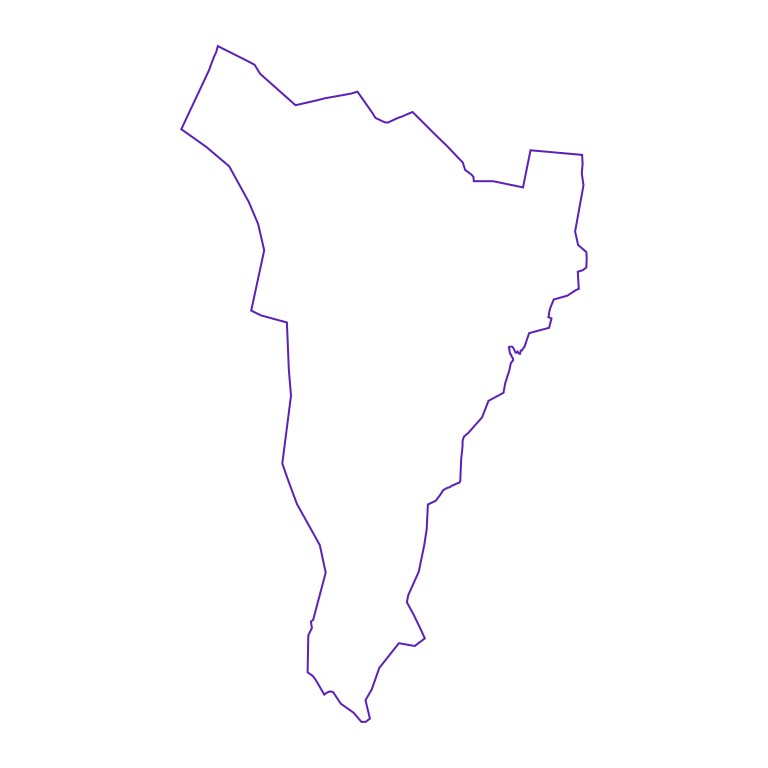 the district of Bakura, Zamfara, Nigeria
{"feature_id": "59680162B24502748844916", "entity_name": "Bakura", "entity_type": "district", "adm_level": 2, "iso_a3": "NGA", "parent_name": "Nigeria", "parent_adm1": "Zamfara", "projection": "equal_earth", "projection_center": [5.913, 12.562], "detail": "fine", "context": "isolated", "style": "outline", "palette": "violet", "viewbox_px": 768, "rotation_deg": 0, "n_neighbors": 0, "source": "geoboundaries", "source_scale": "gbopen_adm2", "svg_char_len": 2239}
<svg xmlns="http://www.w3.org/2000/svg" viewBox="0 0 768 768"><path d="M307.6,672.3L312.8,676.0L315.7,679.9L324.3,694.6L326.5,692.8L330.0,691.4L332.9,692.0L333.1,692.1L340.9,703.8L353.6,712.7L361.4,721.9L365.6,721.9L369.9,718.6L365.5,700.2L371.8,689.3L379.3,667.9L398.9,643.2L414.7,646.0L424.8,638.4L420.8,629.5L413.9,615.2L406.9,602.3L408.2,595.3L418.8,571.6L424.3,544.8L426.7,529.2L427.9,504.5L435.8,500.7L438.6,497.0L439.6,495.7L441.7,492.5L443.1,490.2L445.4,488.9L447.2,487.9L450.1,487.1L451.7,485.7L453.5,485.2L456.3,483.7L459.4,482.6L460.3,480.8L460.6,472.5L461.2,458.8L462.1,451.0L462.6,445.0L462.6,440.9L463.9,436.7L468.6,432.6L482.1,417.3L488.5,400.8L503.5,392.8L505.2,383.3L509.3,370.5L510.8,363.3L513.0,360.4L513.2,359.3L512.8,358.2L512.3,357.4L511.8,356.9L511.7,356.4L511.4,355.6L511.3,355.3L511.1,355.0L511.0,354.7L510.9,354.5L510.8,354.3L510.6,354.2L510.3,354.1L509.9,353.0L509.7,351.9L509.4,350.8L509.6,349.7L508.8,348.0L509.2,346.9L509.9,346.7L510.8,346.6L512.4,346.8L513.5,348.3L514.7,350.8L515.5,352.6L516.5,352.6L517.6,351.6L517.8,352.0L518.2,352.8L519.0,353.6L520.0,353.8L520.3,352.4L520.6,351.4L520.8,350.5L521.9,350.4L522.9,349.1L523.7,347.6L524.6,346.5L526.5,340.8L529.1,333.2L535.9,331.3L549.1,327.8L551.5,318.4L548.4,317.1L549.1,314.2L549.1,313.8L549.1,312.5L550.2,308.3L553.7,299.5L567.5,295.6L575.8,290.1L578.8,288.9L578.7,287.3L578.4,282.3L577.8,271.8L583.0,270.1L586.3,267.4L586.7,258.6L586.4,252.1L578.1,245.0L575.1,231.5L583.5,185.3L581.8,173.6L582.6,163.7L582.1,154.9L530.5,150.3L523.0,187.4L493.0,181.2L473.8,181.2L473.5,177.1L471.7,174.8L467.2,171.4L465.2,170.0L462.7,162.4L457.6,157.2L448.1,147.1L434.4,133.8L416.1,115.5L412.5,112.0L407.5,114.1L401.7,116.7L398.7,117.6L394.7,119.4L390.6,121.3L388.0,122.6L384.7,122.3L375.4,117.9L372.5,113.1L357.5,91.7L355.8,92.2L351.0,93.6L324.8,98.3L317.0,100.3L295.5,105.2L260.2,73.9L254.6,64.8L249.2,61.9L217.8,46.1L216.2,52.2L214.0,56.8L211.5,63.4L209.0,70.3L181.3,129.2L206.5,147.1L229.2,166.3L248.9,202.2L258.2,224.2L264.2,250.3L251.2,310.6L261.0,315.4L286.9,322.5L288.8,369.1L291.0,395.8L282.3,463.5L287.1,477.4L296.9,503.9L319.8,545.1L325.7,572.6L313.2,619.7L310.9,621.7L311.9,627.9L308.3,635.4L307.6,672.3Z" fill="none" stroke="#5b21b6" stroke-width="2"/></svg>